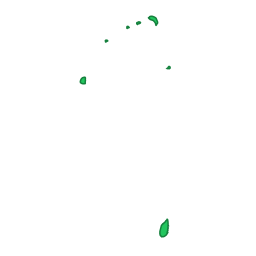 Sapwuafik, Federated States of Micronesia, rotated 267°
{"feature_id": "79324940B43236606250005", "entity_name": "Sapwuafik", "entity_type": "district", "adm_level": 2, "iso_a3": "FSM", "parent_name": "Federated States of Micronesia", "parent_adm1": "", "projection": "mercator", "projection_center": [157.28, 5.815], "detail": "fine", "context": "isolated", "style": "filled", "palette": "green", "viewbox_px": 256, "rotation_deg": 267, "n_neighbors": 0, "source": "geoboundaries", "source_scale": "gbopen_adm2", "svg_char_len": 2593}
<svg xmlns="http://www.w3.org/2000/svg" viewBox="0 0 256 256"><g transform="rotate(267 128 128)"><path d="M23.2,154.5L21.0,154.3L20.5,154.4L19.9,154.5L19.6,154.4L19.4,154.6L18.7,154.9L17.9,155.6L18.1,155.7L17.6,156.6L17.6,157.6L17.8,158.4L18.4,159.5L19.1,160.5L19.7,161.1L20.6,161.4L21.3,161.6L21.2,161.8L21.4,161.8L21.6,161.7L21.9,161.7L22.0,162.1L22.2,161.9L23.9,162.3L23.9,162.5L24.0,162.6L24.4,162.3L25.3,162.5L25.9,162.9L26.1,162.9L26.2,162.6L28.4,162.9L28.4,163.2L28.7,163.1L28.9,162.9L30.4,163.0L32.4,163.0L34.3,162.8L34.8,162.3L34.7,162.2L34.4,162.1L33.9,161.7L33.3,160.9L32.8,160.6L32.2,160.1L31.3,159.0L31.3,158.9L30.5,158.0L30.6,157.9L30.5,157.7L30.1,157.4L29.6,156.9L29.3,156.6L28.9,156.3L28.1,156.0L27.6,155.9L26.1,155.4L24.8,155.0L23.2,154.5ZM236.8,161.1L237.6,159.8L238.2,158.4L238.4,157.2L238.3,156.1L238.0,155.4L237.2,155.0L237.2,154.9L237.2,154.7L237.1,154.3L236.8,154.3L236.4,154.6L236.7,155.0L236.1,155.2L235.5,155.5L235.1,155.9L234.9,156.7L234.4,157.8L234.1,158.7L233.2,159.6L231.9,160.5L230.6,161.1L230.3,161.0L229.8,161.3L229.3,161.2L229.1,161.4L229.4,161.8L230.5,162.4L231.1,163.0L232.1,163.1L232.3,163.1L236.1,161.8L236.8,161.1ZM180.9,87.7L181.0,87.0L180.7,85.7L180.5,85.1L179.7,84.1L178.4,83.3L177.0,82.8L175.8,82.9L175.2,83.7L174.7,84.6L174.5,85.8L174.5,86.7L174.5,87.4L174.9,87.7L175.4,87.7L176.0,87.6L177.7,88.0L178.7,87.9L180.1,88.1L180.5,88.0L180.9,87.7ZM232.8,145.7L233.0,145.7L233.2,145.3L233.3,145.1L233.3,144.7L233.4,144.4L233.4,144.1L233.2,143.6L233.0,143.2L232.8,142.5L232.6,142.3L232.3,142.2L231.7,142.2L231.4,142.4L231.1,142.6L230.9,142.9L231.2,143.2L231.4,143.7L231.5,143.9L231.6,144.5L231.7,145.0L231.9,145.2L232.1,145.7L232.2,145.8L232.4,145.9L232.5,145.7L232.8,145.7ZM186.4,173.2L186.8,173.1L187.2,172.7L187.3,172.3L187.3,172.0L187.1,171.8L186.8,171.5L186.4,171.2L185.9,170.9L185.5,170.5L185.4,170.1L185.2,170.3L185.3,170.6L185.4,170.8L185.3,171.1L185.1,171.7L185.0,172.2L185.2,172.6L185.4,173.0L185.8,173.2L186.4,173.2ZM229.4,132.4L229.2,132.3L229.0,132.2L228.7,132.1L228.2,132.3L227.9,132.2L227.6,132.2L227.5,132.4L227.7,132.6L227.8,132.8L227.8,133.0L227.9,133.3L228.0,133.8L228.2,134.1L228.2,134.3L228.3,134.4L228.5,134.3L228.7,134.1L228.8,134.0L229.0,133.9L229.1,133.7L229.3,133.5L229.4,133.4L229.5,133.3L229.5,133.2L229.5,132.8L229.5,132.7L229.4,132.4ZM216.2,112.3L216.3,112.2L216.6,112.0L216.8,111.4L216.9,110.9L216.9,110.5L216.7,110.3L216.5,110.0L216.3,109.9L216.0,109.9L215.9,110.0L215.4,110.2L215.1,110.2L215.1,110.5L215.4,111.1L215.6,111.4L215.9,112.1L216.0,112.3L216.2,112.3Z" fill="#22c55e" stroke="#15803d" stroke-width="1.5"/></g></svg>